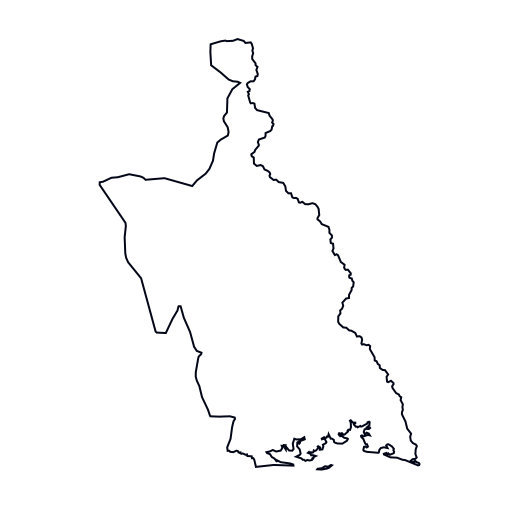 Govuro, Inhambane, Mozambique, rotated 87°
{"feature_id": "85939544B19130781251351", "entity_name": "Govuro", "entity_type": "district", "adm_level": 2, "iso_a3": "MOZ", "parent_name": "Mozambique", "parent_adm1": "Inhambane", "projection": "albers", "projection_center": [34.741, -21.317], "detail": "fine", "context": "isolated", "style": "outline", "palette": "ink", "viewbox_px": 512, "rotation_deg": 87, "n_neighbors": 0, "source": "geoboundaries", "source_scale": "gbopen_adm2", "svg_char_len": 6124}
<svg xmlns="http://www.w3.org/2000/svg" viewBox="0 0 512 512"><g transform="rotate(87 256 256)"><path d="M466.6,267.1L465.6,249.2L467.3,229.6L466.2,229.7L465.0,232.6L463.2,242.1L460.9,246.1L462.0,245.7L462.1,246.2L459.2,248.2L457.5,250.8L454.7,252.3L453.4,255.3L452.4,255.8L452.0,252.7L450.6,249.4L452.3,246.1L451.6,241.5L449.0,239.7L447.0,240.2L447.3,238.9L446.2,238.3L446.3,237.8L447.4,238.1L446.4,237.0L446.5,236.3L449.5,237.1L450.8,236.4L447.9,236.1L452.0,233.1L452.3,229.9L450.7,228.6L445.4,229.1L440.5,227.3L441.3,225.4L441.4,220.8L439.5,217.3L441.6,216.9L443.2,221.8L444.7,221.8L445.7,222.6L445.1,223.7L443.7,223.3L444.4,224.5L448.3,224.9L451.4,222.5L455.7,221.8L456.9,222.7L458.5,226.4L460.6,221.1L461.9,220.1L462.0,218.8L463.2,217.3L462.4,215.4L463.0,213.3L462.7,211.1L460.8,210.1L460.7,209.6L461.4,209.6L461.0,209.2L459.8,209.0L458.9,206.8L457.9,209.4L457.9,211.3L456.3,212.1L455.3,214.4L454.5,213.4L455.1,213.1L454.8,211.4L455.4,210.3L455.0,209.1L453.2,208.5L453.8,207.6L453.5,206.5L450.8,203.5L449.7,204.4L449.2,203.9L450.6,201.9L452.8,202.3L452.6,199.8L449.7,198.7L448.0,199.1L446.6,196.1L445.5,195.4L442.6,196.8L442.0,197.9L442.5,199.7L441.8,199.9L440.5,197.4L441.3,196.3L441.1,195.1L439.9,194.5L440.1,193.4L437.8,192.8L442.3,191.0L442.3,189.9L443.7,187.9L445.7,187.8L446.5,187.0L447.5,184.4L447.9,179.6L445.3,174.9L443.5,173.8L442.9,174.5L442.1,177.5L440.3,179.6L440.3,180.7L439.6,180.2L439.8,179.4L438.9,180.0L439.3,182.3L438.2,182.8L436.6,181.8L438.4,182.0L437.4,179.5L438.9,178.0L439.0,177.0L436.1,173.3L435.3,173.7L434.3,172.9L434.6,171.2L431.8,170.1L427.2,170.1L425.4,170.8L425.0,170.0L427.4,168.0L427.6,165.6L428.2,165.6L428.6,167.1L429.4,167.1L431.7,165.2L431.6,164.2L432.4,163.5L431.2,160.7L431.8,160.3L431.8,159.3L429.2,153.7L427.9,153.3L427.4,151.7L427.9,151.2L431.1,151.7L432.8,154.1L433.6,152.4L433.2,150.4L434.7,152.3L434.4,154.9L434.8,156.6L437.3,157.6L439.7,156.8L438.2,154.8L439.2,152.7L441.1,151.7L440.5,153.6L441.8,158.3L440.7,159.6L441.1,160.5L442.1,160.4L444.5,158.3L448.9,156.8L449.8,156.0L449.8,155.0L452.2,154.2L453.0,155.5L452.0,156.8L452.2,158.1L455.4,159.0L456.3,158.4L457.4,155.5L458.9,144.2L458.6,143.6L455.9,142.9L454.3,141.3L453.7,138.3L454.7,134.7L452.0,135.9L451.0,134.7L451.0,133.5L453.2,130.3L455.8,128.4L457.1,129.0L458.6,128.3L460.1,128.7L461.5,132.7L460.1,134.1L461.6,135.4L461.1,136.0L459.5,136.1L460.2,138.7L460.9,138.6L464.1,132.4L464.8,125.7L467.1,120.5L467.6,117.8L473.6,105.1L473.3,104.0L472.3,103.6L471.3,104.1L470.2,106.6L468.9,107.8L469.7,109.6L469.8,108.3L470.7,109.5L468.7,112.3L467.1,110.2L466.9,107.5L465.6,106.1L462.1,107.2L457.3,106.6L454.2,105.3L452.7,106.2L451.0,109.2L448.4,111.1L444.6,111.5L441.5,110.4L436.4,114.0L429.1,115.4L421.6,118.6L419.5,118.4L417.4,117.4L414.5,117.7L411.8,117.1L407.5,119.1L404.6,118.4L403.6,119.8L401.8,120.6L400.2,123.3L395.1,126.5L393.2,126.9L391.1,125.3L390.0,125.4L387.7,127.7L388.9,130.6L388.3,131.7L383.4,131.9L381.2,130.2L376.7,133.2L376.4,135.5L374.4,138.1L371.5,138.3L370.2,140.0L367.4,141.1L366.6,142.9L363.3,142.9L354.9,147.2L352.0,146.7L350.6,148.2L350.9,150.3L349.7,153.0L350.0,154.7L348.8,155.3L345.1,154.4L342.9,154.9L341.5,156.7L341.7,159.4L338.0,160.9L335.6,164.7L335.2,166.8L332.4,169.5L331.9,172.6L328.2,176.3L326.1,177.4L320.6,177.0L317.8,174.7L314.8,174.8L313.1,172.8L310.2,171.5L307.1,172.2L303.2,168.3L302.8,165.3L299.6,165.1L295.0,162.3L292.8,162.1L291.6,160.6L287.4,159.8L285.7,161.1L283.5,161.5L282.7,163.7L281.9,164.1L280.2,163.9L279.6,162.4L278.2,162.3L274.4,165.0L274.6,167.0L273.9,167.8L272.3,168.6L269.4,168.0L266.4,171.6L259.6,174.0L258.5,175.4L259.2,177.2L255.0,179.4L252.5,178.2L247.8,178.4L247.0,180.6L243.4,180.9L241.7,179.2L239.5,179.1L236.7,181.5L233.8,181.3L230.7,182.1L227.6,188.7L224.8,190.2L222.6,192.7L221.4,192.6L218.4,190.7L212.2,191.0L209.9,192.1L207.4,194.0L206.2,196.9L207.1,201.1L206.8,204.2L204.3,206.9L205.1,208.9L204.7,210.4L201.3,211.3L200.1,212.9L200.1,215.1L199.3,216.7L195.2,217.7L195.1,220.3L192.6,222.6L188.0,223.1L184.4,225.0L183.4,229.4L180.8,231.9L181.0,234.5L177.9,238.0L176.5,238.3L174.9,237.5L173.2,238.1L171.5,240.0L170.1,242.9L166.6,244.5L165.4,246.6L166.1,250.5L163.6,253.2L157.5,253.1L156.2,255.0L154.2,255.4L152.0,252.1L149.8,251.1L146.1,247.6L145.2,247.3L142.4,248.2L139.8,247.0L138.2,241.1L136.6,240.2L133.7,240.0L131.9,235.1L130.5,233.8L127.3,233.0L126.9,232.2L125.1,231.6L123.6,232.9L121.8,232.1L120.5,232.3L116.6,235.1L113.9,235.8L110.4,247.3L108.1,249.1L103.7,249.6L103.1,251.2L103.2,253.3L102.3,253.8L95.3,255.4L94.0,254.6L91.6,255.6L90.9,253.9L89.0,253.5L86.9,255.4L84.1,256.1L82.9,255.3L81.3,252.4L81.4,249.3L79.6,247.8L76.8,247.1L76.4,245.2L74.4,244.7L70.2,245.9L67.3,244.6L65.4,246.4L63.6,246.4L59.2,249.4L56.5,249.4L53.3,248.2L50.7,248.9L48.4,248.1L43.8,249.2L42.4,250.1L42.7,255.4L40.6,257.0L38.4,263.1L39.9,267.7L39.9,273.9L39.3,275.3L39.7,279.8L42.2,290.2L49.8,290.9L63.2,290.8L70.8,281.8L78.3,274.1L80.3,270.0L81.0,265.2L82.3,262.8L88.2,270.9L97.1,276.3L111.2,277.5L114.6,280.6L116.9,281.4L119.8,281.0L126.0,277.5L130.8,276.9L134.2,277.8L138.0,285.2L140.7,288.7L151.2,292.4L158.6,294.0L166.6,298.0L171.2,302.0L177.4,311.0L182.8,316.0L173.5,343.3L174.1,362.3L172.0,364.3L170.5,367.2L167.7,378.4L170.1,389.8L170.3,396.3L173.8,404.9L174.2,408.2L176.8,408.4L216.1,384.6L219.2,384.4L230.5,386.2L246.4,386.4L250.9,385.8L255.6,384.0L272.2,371.9L326.2,360.2L327.3,359.1L328.2,350.1L314.3,342.6L306.4,337.3L302.7,336.2L302.1,335.8L302.3,333.9L313.9,331.3L328.5,325.8L343.3,322.6L347.7,320.1L349.7,315.5L351.2,315.9L353.3,318.4L355.3,319.1L368.8,322.2L373.4,322.5L377.5,321.6L382.9,319.4L394.1,317.3L407.0,312.0L413.1,310.3L413.7,309.9L414.5,301.2L414.7,290.5L416.2,285.7L417.6,285.5L419.9,287.1L425.6,288.8L437.3,291.0L445.6,294.8L449.1,294.5L449.0,293.1L450.2,292.0L450.7,288.9L449.4,285.8L449.9,284.3L451.3,283.7L451.3,281.9L452.1,282.1L452.7,281.1L452.5,279.6L454.0,276.7L453.7,275.4L455.3,275.1L455.8,270.8L457.7,270.6L457.8,269.2L459.4,268.4L466.6,267.1ZM472.2,206.0L472.7,201.6L472.0,196.4L471.4,194.4L469.0,191.1L468.6,192.1L470.2,194.9L469.6,198.0L471.4,201.4L471.7,205.6L472.2,206.0Z" fill="none" stroke="#020617" stroke-width="2"/></g></svg>